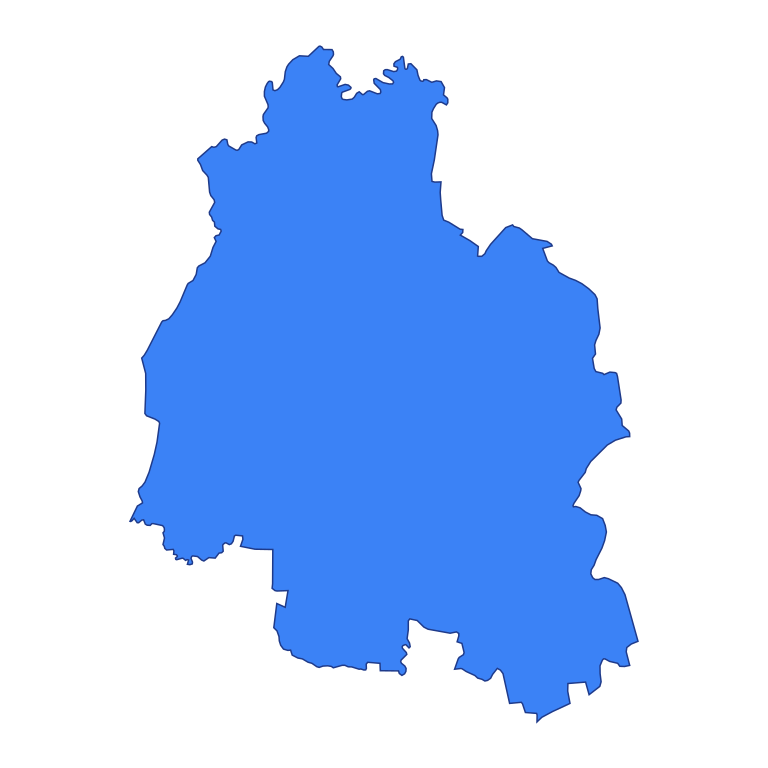 the district of Cu Mgar, Đắk Lắk, Vietnam
{"feature_id": "81297802B57943820891789", "entity_name": "Cu Mgar", "entity_type": "district", "adm_level": 2, "iso_a3": "VNM", "parent_name": "Vietnam", "parent_adm1": "Đắk Lắk", "projection": "robinson", "projection_center": [108.059, 12.895], "detail": "fine", "context": "isolated", "style": "filled", "palette": "blue", "viewbox_px": 768, "rotation_deg": 0, "n_neighbors": 0, "source": "geoboundaries", "source_scale": "gbopen_adm2", "svg_char_len": 6024}
<svg xmlns="http://www.w3.org/2000/svg" viewBox="0 0 768 768"><path d="M311.9,663.3L316.8,666.7L319.2,667.4L322.9,666.1L327.7,665.8L331.3,666.4L333.3,667.8L342.2,665.3L344.9,665.3L348.2,666.8L351.7,666.9L359.1,669.2L360.9,669.0L363.9,670.0L365.7,669.9L366.4,668.4L366.2,664.1L367.7,662.3L380.0,663.3L380.3,670.7L398.5,670.9L399.3,673.5L401.9,675.4L404.6,673.8L405.9,671.4L406.1,668.4L404.8,666.0L401.4,663.2L400.7,661.7L401.1,660.1L406.8,654.4L406.3,652.5L402.4,648.2L402.2,646.7L402.9,645.6L405.2,644.6L406.0,644.8L409.0,647.9L410.2,646.7L409.5,643.0L407.1,638.7L408.3,629.8L408.3,620.8L409.8,618.9L417.2,620.5L423.9,627.1L428.0,629.2L450.2,633.2L456.5,631.9L458.8,633.5L458.8,635.9L457.1,641.8L461.9,643.4L464.1,652.5L463.4,654.7L459.2,657.4L458.2,658.9L454.6,669.2L460.9,668.5L462.1,668.8L466.2,671.5L474.9,675.5L477.7,678.1L482.0,679.3L484.9,681.0L487.6,680.4L490.6,678.3L492.6,674.4L497.3,668.4L500.4,670.1L503.0,673.6L509.6,703.4L521.3,702.3L522.5,703.8L525.4,712.5L536.6,713.4L537.1,714.9L537.0,721.9L541.8,717.3L552.6,711.5L570.0,703.4L567.7,691.2L567.9,683.5L585.6,682.1L589.1,694.7L599.8,686.4L601.1,681.8L600.1,673.6L600.0,665.8L602.4,660.1L603.5,658.9L605.0,658.9L609.6,661.4L617.7,663.3L619.8,666.3L624.5,666.5L629.7,665.4L626.2,651.8L626.8,647.5L631.3,644.0L638.0,641.3L625.0,594.7L621.4,587.6L617.7,583.2L608.4,578.7L604.3,577.6L598.6,579.5L594.9,579.5L592.7,577.7L590.8,573.8L591.3,569.7L594.1,565.2L596.1,559.6L601.9,548.2L604.6,540.7L606.4,532.0L605.2,525.4L602.6,518.6L596.8,515.3L590.9,514.8L585.4,512.0L580.1,507.8L575.8,506.5L573.4,506.8L573.0,505.7L573.9,503.4L579.1,495.7L580.7,490.8L581.0,488.6L578.1,482.3L579.0,480.4L585.2,472.4L586.3,468.5L590.7,461.5L607.3,445.0L615.4,440.2L626.0,436.8L629.7,436.6L629.6,433.1L628.7,431.0L622.2,425.5L621.7,419.0L616.1,409.9L616.9,407.2L620.9,403.1L621.1,400.0L617.5,376.6L616.6,373.4L615.1,372.6L609.9,372.1L604.0,374.6L602.7,373.3L595.9,371.6L594.2,368.5L592.5,358.3L595.5,354.0L594.6,344.9L595.9,340.6L598.9,334.2L600.1,328.0L597.8,308.6L597.1,298.8L595.0,294.7L588.8,288.8L581.9,283.7L575.6,280.4L569.1,278.0L559.0,272.4L556.0,267.5L553.3,265.1L549.0,262.7L547.4,261.0L542.7,248.4L552.2,245.9L551.4,244.2L547.1,241.4L532.4,238.7L521.8,229.7L519.3,228.0L513.8,226.5L512.6,224.9L505.7,227.6L490.6,244.3L486.2,250.8L484.9,253.7L481.8,256.3L478.4,256.3L477.6,256.1L478.3,246.5L469.9,240.6L460.3,235.1L462.7,232.5L462.9,229.5L460.1,229.2L448.8,222.2L443.7,220.1L442.1,215.3L440.7,199.8L440.2,192.4L441.0,181.9L434.8,182.1L432.0,181.4L431.4,173.8L434.3,160.0L438.0,134.8L437.6,130.7L436.1,125.5L431.7,118.5L431.9,112.2L433.5,108.6L436.2,104.3L437.7,103.1L439.7,102.3L441.7,102.3L446.4,104.9L447.8,102.8L447.8,99.2L447.0,97.8L443.5,94.9L444.5,87.6L441.1,81.6L436.4,80.9L431.8,82.3L426.4,79.6L423.8,79.7L423.6,80.7L422.6,81.3L421.0,81.0L419.9,80.1L418.0,75.2L416.9,69.8L410.9,63.7L408.3,64.0L407.4,68.4L406.6,69.2L405.5,69.2L404.9,68.5L403.4,57.2L402.5,56.4L401.3,56.8L400.2,59.2L395.4,61.7L393.9,63.8L394.0,66.2L397.3,67.3L397.7,68.0L397.5,69.5L396.5,71.1L393.7,71.6L387.3,69.6L385.2,69.7L383.7,70.8L383.5,73.8L384.7,75.4L388.8,77.5L393.0,80.8L393.6,82.3L392.6,83.9L389.4,84.0L383.0,82.6L375.9,78.5L374.2,78.8L373.7,79.8L374.2,83.3L380.4,89.6L380.8,92.1L380.1,93.5L377.3,93.8L369.6,90.8L367.4,91.3L363.6,94.5L362.5,94.6L359.2,91.8L356.7,93.3L354.3,97.2L352.2,99.1L346.8,99.9L343.1,99.4L342.1,98.8L341.3,96.6L341.7,93.0L342.3,92.2L349.9,89.4L350.8,88.5L351.0,87.4L348.4,85.1L345.1,84.4L338.1,86.8L337.4,86.6L337.1,84.9L340.7,78.8L340.4,76.8L336.3,73.4L333.0,68.5L328.7,64.5L329.3,61.3L333.0,55.8L333.5,54.4L333.3,51.8L332.0,49.6L323.5,49.5L321.8,47.0L320.0,46.1L318.9,46.4L308.3,56.3L299.4,55.8L292.8,59.7L288.6,64.2L286.9,66.9L285.3,71.6L284.4,79.3L283.4,81.9L279.9,87.4L277.5,89.7L274.9,90.7L273.0,89.9L272.3,82.6L271.7,81.6L269.6,81.2L268.6,81.6L267.1,83.6L265.4,87.0L264.4,91.5L264.4,96.2L268.0,104.6L268.2,106.8L268.0,107.9L263.4,114.5L263.0,116.6L263.2,120.5L264.6,123.2L267.7,127.0L268.7,129.7L268.6,131.4L266.5,133.2L258.9,134.6L256.7,135.8L256.1,137.5L256.8,143.0L254.9,143.8L251.7,142.0L248.0,141.9L241.7,144.9L238.8,149.5L237.2,150.3L235.8,150.0L228.7,145.9L227.8,144.4L226.9,139.8L224.5,139.1L222.1,140.1L216.3,146.6L213.9,147.3L211.7,146.6L197.8,158.8L197.8,160.3L200.5,164.6L202.7,170.6L206.9,175.1L208.3,177.4L209.6,192.1L210.8,195.6L214.1,199.7L214.7,202.4L209.3,212.2L209.6,214.5L211.6,217.0L212.6,220.4L214.4,222.0L214.8,226.2L218.0,228.9L220.6,229.4L221.2,231.1L219.1,235.0L216.0,235.7L214.3,237.6L216.1,241.4L213.0,247.4L210.3,256.2L205.0,262.8L198.8,266.0L197.3,267.8L196.2,274.4L193.0,280.5L188.2,283.4L187.2,285.0L180.1,301.9L176.9,308.0L172.3,314.8L168.8,318.8L165.5,320.4L163.0,320.7L161.7,322.0L147.3,350.2L144.2,355.3L141.7,358.1L145.7,373.5L145.8,390.0L144.9,413.5L146.6,415.8L155.0,419.1L158.8,421.5L159.6,423.2L157.0,442.2L154.3,454.4L149.1,472.2L145.0,482.1L142.1,486.0L139.1,488.5L138.3,491.6L140.0,496.9L142.2,501.0L142.5,502.9L137.4,506.0L130.0,521.3L130.7,521.5L132.2,520.6L134.1,518.3L137.2,522.7L138.7,522.7L141.8,520.1L143.6,519.8L145.3,524.1L147.1,525.2L150.2,525.4L151.9,523.6L153.3,523.6L162.6,525.6L164.2,527.7L164.4,529.6L164.3,531.3L163.0,532.8L164.5,538.0L163.0,544.5L164.3,546.4L164.8,548.4L166.6,550.0L173.2,549.4L173.9,550.8L173.6,554.3L176.4,554.7L177.3,555.8L177.3,556.5L175.5,558.1L175.8,559.4L176.7,559.7L182.1,558.2L183.1,558.3L185.6,560.4L187.0,559.6L188.6,560.0L187.4,564.3L189.9,564.7L192.3,563.9L192.5,562.1L191.0,558.3L191.7,556.5L192.7,555.9L197.5,556.5L201.7,560.1L203.9,561.0L208.9,557.6L215.2,558.1L219.0,553.1L221.7,552.7L223.2,551.2L222.7,545.4L223.1,544.4L225.0,542.9L226.2,542.9L229.3,544.6L231.4,543.8L233.1,541.3L234.4,536.0L235.7,535.2L242.5,535.9L242.9,539.3L240.5,546.3L255.0,549.2L272.8,549.5L272.6,583.9L272.1,588.3L275.0,590.6L277.0,591.0L288.0,590.6L285.2,607.3L276.8,603.5L273.8,627.7L277.0,630.9L279.0,636.6L279.3,640.9L280.7,645.3L283.5,649.1L287.9,650.4L290.6,650.1L292.2,655.1L297.8,658.0L302.4,658.9L308.0,662.2L311.9,663.3Z" fill="#3b82f6" stroke="#1e3a8a" stroke-width="1.5"/></svg>